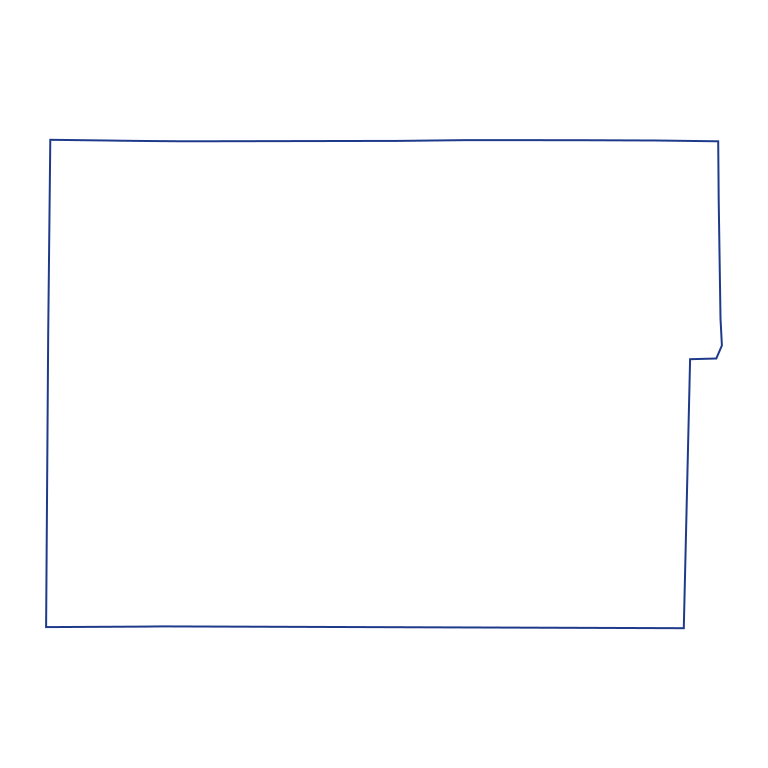 Warren, Pennsylvania, United States of America (Albers equal-area conic projection)
{"feature_id": "52423323B37768235748042", "entity_name": "Warren", "entity_type": "district", "adm_level": 2, "iso_a3": "USA", "parent_name": "United States of America", "parent_adm1": "Pennsylvania", "projection": "albers", "projection_center": [-79.218, 41.811], "detail": "fine", "context": "isolated", "style": "outline", "palette": "blue", "viewbox_px": 768, "rotation_deg": 0, "n_neighbors": 0, "source": "geoboundaries", "source_scale": "gbopen_adm2", "svg_char_len": 388}
<svg xmlns="http://www.w3.org/2000/svg" viewBox="0 0 768 768"><path d="M683.8,627.6L690.1,359.2L716.3,358.5L721.9,345.5L720.5,318.4L718.7,200.0L718.2,141.3L656.2,140.5L580.8,140.2L467.5,140.1L398.8,140.9L183.8,141.3L146.7,141.0L120.2,140.7L107.7,140.5L50.3,139.8L48.2,333.3L46.1,627.1L144.0,626.6L162.0,626.4L683.8,628.2L683.8,627.6Z" fill="none" stroke="#1e3a8a" stroke-width="2"/></svg>